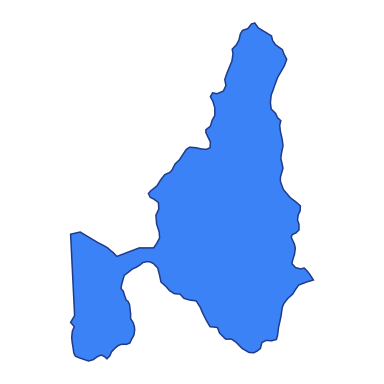 the district of Muallim, Perak, Malaysia
{"feature_id": "92858781B90954683120897", "entity_name": "Muallim", "entity_type": "district", "adm_level": 2, "iso_a3": "MYS", "parent_name": "Malaysia", "parent_adm1": "Perak", "projection": "natural_earth1", "projection_center": [101.452, 3.898], "detail": "fine", "context": "isolated", "style": "filled", "palette": "blue", "viewbox_px": 384, "rotation_deg": 0, "n_neighbors": 0, "source": "geoboundaries", "source_scale": "gbopen_adm2", "svg_char_len": 2541}
<svg xmlns="http://www.w3.org/2000/svg" viewBox="0 0 384 384"><path d="M134.0,334.8L134.7,329.7L134.3,326.3L133.2,322.8L130.6,318.6L130.6,313.8L129.5,304.4L128.0,301.4L126.2,300.1L124.7,295.8L123.2,291.1L121.0,288.6L121.7,284.3L122.9,280.0L124.3,275.3L128.8,271.9L132.5,268.9L136.6,267.1L139.9,265.0L143.2,262.4L147.3,261.6L150.3,262.0L153.6,263.7L157.7,268.0L159.6,275.3L161.0,282.1L165.9,286.4L169.6,290.7L174.4,293.7L180.0,294.1L184.0,298.4L190.0,300.1L194.0,300.6L196.3,301.0L200.3,307.4L202.2,312.1L206.3,320.3L210.0,326.7L214.4,327.1L217.4,327.5L219.6,333.1L225.6,339.1L231.5,339.1L235.9,342.1L242.2,348.5L248.9,352.4L253.7,352.8L257.1,351.1L260.4,348.5L261.9,342.5L266.3,340.4L271.5,340.8L276.4,339.5L277.5,335.7L278.6,327.1L280.8,317.3L282.3,307.4L283.8,303.6L287.8,298.4L292.7,294.1L295.6,289.4L298.6,285.1L306.4,282.1L313.4,280.0L310.1,274.9L307.5,271.4L304.2,268.0L300.5,268.9L295.6,267.6L291.9,263.7L292.7,259.9L294.5,254.3L295.3,248.3L294.5,244.4L291.2,237.2L292.3,234.6L296.0,232.9L299.0,229.9L299.0,224.3L297.5,220.0L298.2,214.9L300.1,211.0L300.4,205.9L296.0,202.0L290.4,197.8L283.4,189.6L280.4,181.5L280.4,177.2L283.0,168.2L281.9,163.1L280.8,158.4L281.5,153.2L283.0,145.9L282.3,139.9L280.4,131.4L279.7,125.4L280.8,120.7L277.5,117.7L275.6,113.4L271.2,109.1L270.4,102.7L271.2,95.0L273.0,90.3L274.9,84.7L277.8,77.0L281.9,70.1L284.5,65.4L286.7,59.4L286.6,59.1L284.1,54.3L282.3,49.6L275.6,44.9L272.6,40.6L271.5,35.9L269.3,34.6L258.2,27.8L254.8,23.0L251.5,23.9L247.8,28.6L244.2,29.8L242.6,30.3L240.4,33.7L238.9,40.2L236.3,44.9L232.2,49.2L233.0,53.9L231.9,61.1L228.5,69.3L226.3,74.9L224.8,79.6L225.9,85.6L223.3,91.1L217.0,93.7L212.6,92.8L210.4,96.7L212.9,101.4L214.8,107.8L214.8,115.5L212.2,120.2L210.4,126.2L205.9,129.7L205.9,132.7L210.4,142.1L210.0,147.7L206.3,149.4L201.1,148.9L195.9,147.7L189.6,147.2L186.3,149.4L182.9,154.5L179.2,160.1L175.1,163.9L171.8,170.4L169.6,172.5L164.8,174.6L160.7,179.8L157.0,185.8L150.7,190.9L148.4,193.5L150.3,197.3L153.6,199.0L158.4,202.5L158.8,208.9L155.9,215.3L156.6,223.9L159.2,232.0L159.6,238.0L156.6,243.6L153.6,247.9L139.2,247.9L116.9,256.4L112.8,252.2L111.0,250.9L107.7,247.9L103.9,245.7L97.3,242.3L80.2,232.0L70.6,234.2L74.6,315.6L70.6,322.4L72.4,324.5L74.3,326.7L72.4,331.0L71.7,337.4L72.1,341.7L73.9,353.2L75.4,356.2L79.8,358.0L84.7,359.7L88.7,361.0L93.2,359.7L97.3,356.7L101.3,355.0L104.7,356.7L106.9,358.8L109.9,355.8L111.4,352.0L115.1,348.1L118.4,345.5L121.4,344.3L126.6,344.3L129.9,343.0L131.0,340.4L131.2,340.1L134.0,334.8Z" fill="#3b82f6" stroke="#1e3a8a" stroke-width="1.5"/></svg>